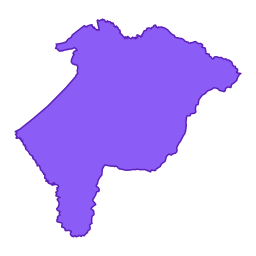 the district of Tharaka, Eastern, Kenya
{"feature_id": "3690345B49853475853823", "entity_name": "Tharaka", "entity_type": "district", "adm_level": 2, "iso_a3": "KEN", "parent_name": "Kenya", "parent_adm1": "Eastern", "projection": "mercator", "projection_center": [38.037, -0.18], "detail": "fine", "context": "isolated", "style": "filled", "palette": "violet", "viewbox_px": 256, "rotation_deg": 0, "n_neighbors": 0, "source": "geoboundaries", "source_scale": "gbopen_adm2", "svg_char_len": 5615}
<svg xmlns="http://www.w3.org/2000/svg" viewBox="0 0 256 256"><path d="M47.8,106.1L33.8,118.1L19.9,129.2L15.4,131.5L15.5,131.9L16.8,132.2L17.0,133.1L16.9,133.7L16.4,134.1L15.6,134.2L16.9,136.6L16.1,137.8L16.4,138.2L20.2,138.0L20.6,138.3L20.0,138.9L21.4,140.3L21.4,141.0L21.8,141.2L22.5,140.7L22.4,141.8L23.1,142.9L23.5,144.7L24.9,145.1L24.6,145.7L25.4,146.2L25.2,147.0L25.9,147.3L25.6,148.9L28.6,151.7L29.7,154.1L31.1,155.3L32.4,155.9L32.5,156.6L33.2,157.1L32.7,157.9L33.4,159.0L35.4,160.5L35.7,160.9L35.4,161.6L36.1,162.3L36.1,162.8L37.0,163.3L37.2,165.8L37.7,165.9L38.4,165.3L38.8,165.4L39.7,166.2L40.5,169.7L42.3,171.4L42.8,172.7L43.8,173.1L43.8,174.3L44.9,174.4L44.7,177.5L44.9,178.4L46.2,178.7L46.4,179.2L46.4,180.0L45.9,180.9L46.1,181.3L46.9,181.4L47.9,180.5L48.3,181.4L48.0,182.4L48.3,182.9L49.1,183.5L50.8,183.9L52.1,185.1L53.6,184.9L53.3,184.2L52.5,184.0L53.7,182.7L54.5,183.1L54.8,183.6L54.7,184.2L55.1,184.5L57.0,184.7L58.6,186.2L58.4,187.1L57.0,187.8L57.7,188.5L57.5,189.0L57.0,189.2L56.9,189.6L57.5,190.6L57.5,191.4L56.0,192.1L55.9,192.7L56.8,193.6L56.9,194.0L56.5,194.2L55.9,195.6L56.0,195.9L58.1,196.5L59.6,197.4L57.9,198.4L57.3,199.2L57.2,199.8L57.8,200.2L59.2,203.0L59.0,204.6L58.2,207.1L56.7,208.7L57.0,209.7L57.9,210.7L60.0,211.4L59.2,213.3L60.0,214.9L57.9,216.4L57.6,217.0L57.4,217.5L57.8,218.9L56.9,219.7L57.0,221.4L57.3,221.8L61.7,222.9L62.3,223.6L62.3,224.1L61.8,225.4L61.8,227.0L62.8,227.2L64.6,228.3L65.1,228.8L65.0,230.1L65.4,230.6L67.3,230.6L68.5,230.2L71.3,231.4L70.5,233.2L70.4,233.9L71.0,235.3L72.2,236.3L73.5,236.7L74.9,235.7L75.4,235.8L76.0,236.7L77.9,236.4L79.0,235.4L81.3,236.4L82.2,235.3L84.1,235.7L86.3,233.3L87.4,232.6L88.2,230.3L89.7,229.7L90.0,229.1L90.2,227.7L89.7,226.1L89.9,224.6L92.0,223.3L91.6,221.8L91.8,217.6L92.2,216.1L93.9,214.7L94.0,213.8L93.5,210.5L91.3,209.1L91.1,208.4L93.4,206.0L95.6,204.7L95.6,204.2L95.0,203.3L92.8,200.8L92.7,200.0L95.7,194.7L96.5,192.1L97.2,191.6L98.7,191.4L99.0,191.0L99.2,189.9L99.0,188.7L98.3,187.7L96.5,186.5L96.2,185.4L97.4,183.8L98.2,180.2L99.6,177.7L101.8,174.9L102.3,169.2L103.5,166.8L104.8,165.2L105.2,164.9L110.5,166.1L113.7,166.1L114.8,166.6L115.6,166.1L117.5,166.9L118.5,168.3L119.4,169.0L121.3,169.1L125.6,170.2L129.6,170.1L133.0,169.5L135.8,169.6L137.0,169.1L140.5,169.7L144.7,169.5L150.5,171.8L151.5,170.1L154.7,170.6L155.5,170.4L156.0,169.2L160.3,166.4L161.1,164.6L162.2,163.2L164.7,161.7L165.3,160.7L166.4,156.5L167.9,154.9L169.2,154.0L171.0,155.1L171.6,154.9L172.6,153.9L175.2,153.3L176.7,151.9L177.0,150.6L176.7,147.4L179.0,143.1L180.3,141.5L183.6,135.2L184.4,134.2L185.2,132.2L185.7,130.3L186.3,125.1L185.9,122.1L186.7,116.4L187.3,115.8L189.8,115.8L190.3,115.3L190.7,113.9L191.2,113.6L194.3,113.3L195.5,112.5L195.8,111.4L195.4,109.2L195.5,107.8L196.1,105.3L196.5,104.8L197.9,104.6L198.2,104.1L198.9,99.6L202.3,95.1L205.3,93.5L206.8,91.6L207.8,90.8L211.6,89.4L213.5,87.9L215.3,87.9L216.9,88.4L218.4,89.1L219.2,90.2L219.9,90.6L222.3,91.0L223.7,91.6L224.5,91.4L225.2,90.5L225.6,88.4L226.1,88.0L228.4,86.9L230.2,87.5L230.9,87.4L231.7,84.3L233.6,83.2L236.6,80.5L237.8,77.0L239.5,74.4L240.6,73.6L239.9,73.2L238.5,73.3L237.6,72.7L236.6,72.5L236.5,72.0L237.7,70.8L237.5,69.2L236.5,68.5L235.6,68.3L235.3,66.6L234.9,66.3L234.2,66.5L233.3,65.9L232.7,65.1L231.8,62.2L230.4,61.0L229.5,60.9L228.9,60.0L227.0,60.1L226.5,59.1L223.3,58.9L221.2,57.4L219.6,57.7L216.9,56.8L214.5,56.9L213.9,57.6L213.6,58.7L213.2,58.9L212.2,58.6L211.0,56.9L209.5,56.1L209.2,54.3L207.5,53.7L206.3,53.8L206.1,53.5L205.3,48.5L205.1,48.0L202.1,47.3L201.8,46.8L202.6,45.8L202.6,45.2L202.5,44.8L201.4,43.9L200.3,43.4L199.2,43.6L197.8,43.4L195.7,41.6L194.7,41.7L191.7,42.8L190.9,42.6L190.3,43.1L189.0,43.2L188.3,42.3L185.0,41.3L183.8,39.8L182.1,38.7L180.5,38.3L179.7,38.6L178.4,37.9L176.0,37.6L175.5,37.3L174.8,36.7L174.3,35.4L172.6,34.7L170.6,33.1L167.5,29.7L164.6,28.0L161.1,26.9L159.7,27.5L158.7,26.9L157.8,27.8L157.4,27.7L156.3,27.1L156.4,26.3L155.6,25.8L155.5,25.2L155.0,25.1L153.8,25.6L153.2,27.1L151.8,27.5L151.1,28.8L149.1,27.9L147.0,28.3L146.4,30.2L144.1,30.9L142.5,34.3L141.9,34.7L142.0,36.1L140.9,37.0L140.3,36.0L139.5,36.0L138.5,35.3L137.4,35.0L137.5,35.4L138.0,35.6L137.9,36.0L137.0,36.0L137.4,37.0L136.9,37.2L136.6,38.1L135.8,37.6L135.8,38.5L135.5,38.7L135.0,38.5L134.9,37.7L134.5,37.6L134.2,38.0L133.6,38.1L132.7,37.2L131.9,37.8L131.4,38.6L130.8,38.7L128.6,37.6L128.8,37.3L127.9,36.5L127.5,36.6L127.6,37.3L127.1,37.5L126.9,38.2L126.4,37.5L125.7,36.9L124.6,37.3L125.0,38.1L124.8,38.4L123.7,36.7L122.6,36.0L122.4,35.1L121.7,34.9L120.4,33.0L119.9,32.9L119.8,31.9L120.2,31.7L119.9,30.2L118.5,29.4L117.9,27.7L116.5,26.3L115.9,27.1L115.4,27.1L115.2,26.8L115.5,26.4L114.2,26.2L113.9,25.9L114.0,25.0L113.3,23.9L113.3,23.4L112.1,22.8L111.8,23.5L111.4,23.5L111.0,22.7L109.9,21.7L108.9,21.8L107.3,20.9L107.0,21.9L105.5,21.9L104.5,20.0L103.6,19.7L103.1,20.0L102.7,19.3L102.3,19.7L100.9,19.9L100.0,20.6L99.2,20.7L97.7,20.0L97.2,20.6L99.2,30.0L97.3,29.7L96.9,30.1L95.4,28.7L94.1,28.4L94.4,27.4L93.9,27.1L93.2,27.5L92.9,27.2L92.9,26.8L92.2,26.1L92.2,25.0L91.8,24.8L89.9,25.1L87.8,25.9L86.8,26.8L86.0,26.3L85.1,26.7L84.2,25.7L72.4,34.9L71.2,37.3L68.1,39.2L66.0,42.0L61.8,43.3L56.3,44.2L56.7,45.2L55.7,48.4L57.2,48.9L57.9,49.5L58.1,50.0L59.6,51.2L61.3,50.8L62.1,51.0L64.8,49.9L65.5,50.0L67.0,49.5L67.8,49.7L68.4,49.0L70.4,49.1L72.7,48.6L74.2,47.7L74.7,47.7L75.3,48.5L76.4,49.1L76.9,50.2L74.3,51.3L73.0,53.4L73.1,53.7L73.9,54.2L74.0,54.7L72.6,56.6L72.4,57.7L71.6,59.3L71.3,61.3L71.5,62.2L72.5,63.8L74.2,64.3L75.0,64.9L75.7,64.5L77.2,65.3L77.9,67.9L77.2,70.4L77.6,73.5L76.3,74.8L75.7,76.5L65.8,87.9L47.8,106.1Z" fill="#8b5cf6" stroke="#5b21b6" stroke-width="1.5"/></svg>